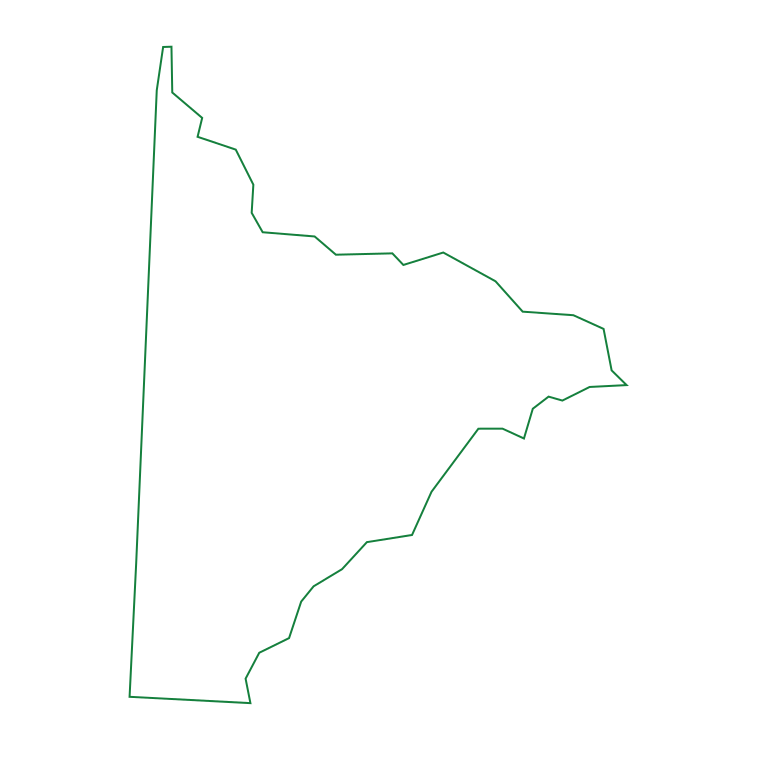 the district of Bradford, Florida, United States of America, rotated 183°
{"feature_id": "52423323B57345599867870", "entity_name": "Bradford", "entity_type": "district", "adm_level": 2, "iso_a3": "USA", "parent_name": "United States of America", "parent_adm1": "Florida", "projection": "robinson", "projection_center": [-82.215, 29.931], "detail": "fine", "context": "isolated", "style": "outline", "palette": "green", "viewbox_px": 768, "rotation_deg": 183, "n_neighbors": 0, "source": "geoboundaries", "source_scale": "gbopen_adm2", "svg_char_len": 654}
<svg xmlns="http://www.w3.org/2000/svg" viewBox="0 0 768 768"><g transform="rotate(183 384 384)"><path d="M500.7,58.3L506.8,82.5L494.5,109.1L465.5,125.3L455.3,162.4L443.7,178.3L416.2,196.9L392.8,225.2L348.1,234.7L330.9,278.9L287.4,344.3L263.3,345.6L241.4,336.9L234.1,367.1L219.0,380.0L205.0,376.8L178.5,391.8L141.7,395.6L157.4,409.5L167.6,450.5L198.5,462.6L249.3,463.5L278.0,492.4L331.7,518.4L370.9,503.9L382.5,514.9L438.8,510.6L461.0,527.7L513.1,529.2L525.1,548.0L524.9,576.2L544.3,610.3L583.1,621.1L579.5,640.2L610.7,664.0L613.9,709.7L622.2,709.0L626.3,665.4L622.1,192.0L621.7,58.3L500.7,58.3Z" fill="none" stroke="#15803d" stroke-width="2"/></g></svg>